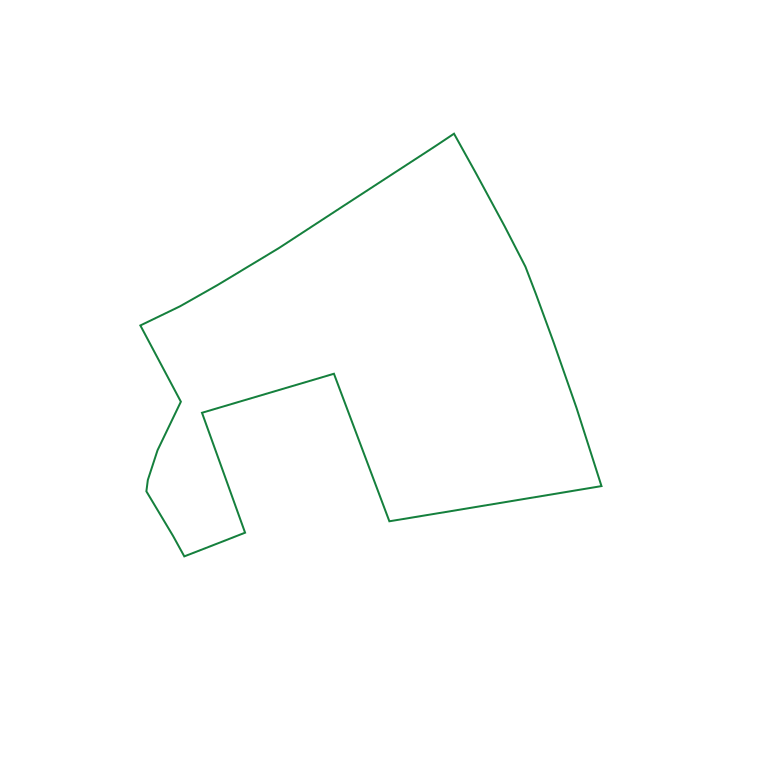 Arad, Arad, Romania (orthographic projection), rotated 121°
{"feature_id": "2599482B31785088370324", "entity_name": "Arad", "entity_type": "district", "adm_level": 2, "iso_a3": "ROU", "parent_name": "Romania", "parent_adm1": "Arad", "projection": "orthographic", "projection_center": [21.166, 46.054], "detail": "fine", "context": "isolated", "style": "outline", "palette": "green", "viewbox_px": 768, "rotation_deg": 121, "n_neighbors": 0, "source": "geoboundaries", "source_scale": "gbopen_adm2", "svg_char_len": 538}
<svg xmlns="http://www.w3.org/2000/svg" viewBox="0 0 768 768"><g transform="rotate(121 384 384)"><path d="M401.0,432.2L479.0,333.8L498.9,308.7L474.6,280.1L367.2,154.0L359.5,145.0L345.7,160.7L305.4,206.6L260.5,260.6L228.9,299.8L210.6,323.2L186.7,361.8L156.0,413.7L133.4,452.9L153.7,462.5L252.5,510.6L321.8,544.2L384.8,577.6L422.5,598.9L459.3,623.0L503.8,549.0L557.4,544.0L587.9,537.0L598.4,532.4L622.8,486.7L634.6,466.4L608.8,446.4L583.0,426.5L542.7,475.8L502.4,525.2L401.0,432.2Z" fill="none" stroke="#15803d" stroke-width="2"/></g></svg>